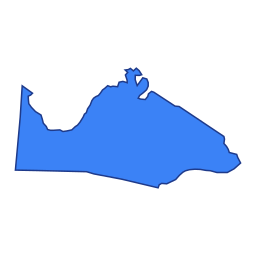 outline of Antônio Martins, Rio Grande do Norte, Brazil
{"feature_id": "56859067B13726500765771", "entity_name": "Antônio Martins", "entity_type": "district", "adm_level": 2, "iso_a3": "BRA", "parent_name": "Brazil", "parent_adm1": "Rio Grande do Norte", "projection": "natural_earth1", "projection_center": [-37.923, -6.207], "detail": "fine", "context": "isolated", "style": "filled", "palette": "blue", "viewbox_px": 256, "rotation_deg": 0, "n_neighbors": 0, "source": "geoboundaries", "source_scale": "gbopen_adm2", "svg_char_len": 1331}
<svg xmlns="http://www.w3.org/2000/svg" viewBox="0 0 256 256"><path d="M158.1,187.8L159.2,184.8L161.6,183.4L166.7,183.8L175.7,179.5L179.3,175.4L182.9,172.2L185.4,170.8L189.4,169.7L194.9,169.2L200.3,169.4L206.0,170.4L210.3,170.7L216.9,172.5L227.3,172.5L229.9,171.1L234.1,168.8L240.6,163.0L237.7,157.4L236.7,154.4L229.3,152.5L228.2,149.3L226.5,146.4L223.9,143.5L224.5,139.1L223.9,136.5L179.1,106.5L175.0,106.1L153.8,92.2L151.5,91.4L148.5,93.8L147.7,96.5L145.3,99.5L140.6,99.1L138.2,98.2L139.6,95.5L142.7,93.2L144.8,91.4L146.6,89.7L148.2,86.1L148.2,82.5L146.8,79.0L142.8,77.8L137.2,85.6L136.3,83.1L135.2,79.6L135.3,75.3L139.5,75.4L141.7,74.7L139.1,70.6L136.3,68.2L133.4,70.9L130.4,68.4L128.3,69.6L125.2,70.0L127.7,72.4L125.4,75.0L127.1,80.1L127.2,82.7L122.9,81.4L119.1,82.2L117.6,86.7L112.9,86.2L110.6,86.8L107.7,85.7L104.8,88.3L102.5,90.0L100.5,93.0L98.4,95.5L95.9,96.6L93.6,98.2L91.9,100.6L90.2,105.0L87.6,108.8L86.3,112.7L84.4,114.2L83.2,117.0L79.9,122.3L77.5,125.2L75.3,126.6L71.8,129.9L66.6,131.0L62.9,131.5L59.9,129.9L56.5,130.1L53.2,130.3L50.5,130.3L47.6,129.5L46.3,126.5L43.3,123.2L42.3,119.2L41.0,115.0L35.5,111.6L31.3,107.2L28.8,103.7L28.4,99.8L28.2,96.2L30.7,95.0L32.5,93.2L22.2,85.8L20.2,117.4L15.4,170.1L36.9,170.5L86.6,171.7L93.9,173.9L121.8,179.2L158.1,187.8Z" fill="#3b82f6" stroke="#1e3a8a" stroke-width="1.5"/></svg>